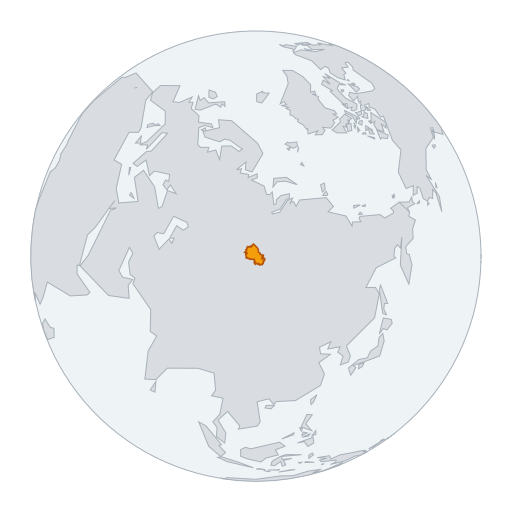 Novosibirsk highlighted on a globe, orthographic projection, rotated 38°
{"feature_id": "RUS-2403", "entity_name": "Novosibirsk", "entity_type": "Region", "adm_level": 1, "iso_a3": "RUS", "parent_name": "Russia", "parent_adm1": "", "projection": "orthographic", "projection_center": [80.57, 55.289], "detail": "fine", "context": "on_globe", "style": "filled", "palette": "amber", "viewbox_px": 512, "rotation_deg": 38, "n_neighbors": 0, "source": "natural_earth", "source_scale": "10m", "svg_char_len": 14818}
<svg xmlns="http://www.w3.org/2000/svg" viewBox="0 0 512 512"><g transform="rotate(38 256 256)"><circle cx="256" cy="256" r="225" fill="#eef3f6" stroke="#a8b0b8"/><path d="M315.5,38.7L323.0,41.0L328.5,45.0L320.1,48.7L316.3,46.1L314.7,47.7L319.4,51.2L322.8,53.3L323.6,66.6L337.1,83.3L347.4,87.8L340.3,87.7L364.0,96.3L375.2,106.7L358.8,95.5L354.2,94.9L359.9,102.0L356.5,103.0L357.3,107.1L352.6,107.8L343.4,101.7L340.2,102.1L344.4,107.2L342.5,111.4L336.7,103.8L332.7,110.4L316.5,102.3L304.9,83.1L292.2,80.8L270.2,67.3L268.5,69.9L259.0,67.0L253.5,69.0L251.0,66.3L248.7,70.3L252.0,72.4L252.1,75.0L249.2,76.5L245.5,73.1L246.4,71.9L243.8,71.8L243.2,69.5L241.9,71.5L237.7,67.6L237.4,73.7L230.4,72.5L228.9,69.3L234.8,66.7L246.1,54.2L246.4,50.9L240.8,48.5L218.0,49.6L215.9,47.5L208.8,46.7L207.3,48.9L212.3,50.5L207.7,54.9L214.3,56.7L213.4,58.9L217.9,62.3L211.0,65.0L201.8,66.0L197.7,63.5L193.5,64.0L192.3,69.3L179.8,67.9L163.0,73.1L160.4,72.6L164.6,65.9L177.4,58.1L182.9,50.9L172.9,59.0L166.7,58.4L163.0,59.9L159.6,62.2L159.5,63.9L156.0,64.6L164.5,56.4L167.8,55.6L165.1,58.1L171.1,54.6L176.8,49.8L173.2,50.3L185.6,43.8L183.1,44.1L184.5,43.2L187.5,42.9L182.3,43.5L190.9,40.3L206.1,36.3L221.6,33.4L237.3,31.5L253.1,30.7L268.8,31.1L284.6,32.5L300.1,35.1L315.5,38.7ZM432.9,116.5L433.0,116.7L432.7,116.3L432.8,116.4L432.9,116.5ZM433.7,117.6L433.0,116.7L434.0,118.0L433.7,117.6ZM435.3,119.7L434.4,118.5L434.6,118.7L435.3,119.7ZM437.1,122.4L437.5,123.0L436.5,121.6L437.1,122.4ZM324.9,54.1L319.8,51.3L316.9,47.9L321.5,50.1L324.9,54.1ZM329.9,61.6L326.6,60.3L328.7,58.1L330.0,59.5L329.9,61.6ZM355.5,91.1L352.1,87.6L356.6,90.7L355.5,91.1ZM358.2,107.6L360.3,108.4L359.8,110.2L358.2,107.6ZM221.5,60.6L219.7,61.4L219.8,60.3L221.5,60.6ZM225.1,61.4L226.4,59.6L228.3,59.7L227.4,60.8L225.1,61.4ZM352.2,113.1L350.8,116.0L350.7,111.9L352.2,113.1ZM223.0,63.6L231.5,60.2L234.8,60.5L234.3,65.1L223.0,63.6ZM348.9,117.1L345.6,124.7L350.0,126.9L335.8,125.4L343.3,119.2L342.4,113.6L345.6,116.9L348.9,117.1ZM254.4,72.5L250.7,70.3L256.5,70.8L254.4,72.5ZM258.1,72.2L275.8,70.8L279.7,75.1L273.0,74.5L280.3,79.2L273.6,81.9L268.0,80.0L266.8,76.6L265.1,80.3L258.1,72.2ZM328.5,123.5L326.3,124.6L326.8,122.3L328.5,123.5ZM252.6,76.0L255.9,75.2L259.5,78.8L253.7,81.1L254.4,79.2L252.6,76.0ZM285.6,79.3L287.3,82.5L282.3,85.5L282.2,87.3L273.7,82.4L285.6,79.3ZM252.1,79.1L250.7,82.2L246.3,81.9L249.7,77.1L252.1,79.1ZM262.9,78.9L264.4,80.8L261.7,80.4L262.9,78.9ZM229.8,83.2L233.6,81.9L235.8,83.6L229.8,83.2ZM250.5,83.3L252.0,83.4L253.3,84.0L251.5,86.0L250.5,83.3ZM270.8,85.0L268.4,85.7L274.0,87.1L270.5,89.6L265.5,86.0L266.1,88.7L265.1,89.5L262.2,85.7L270.8,85.0ZM253.7,89.8L246.0,86.5L238.5,88.3L236.3,86.8L248.8,84.1L253.7,89.8ZM258.9,87.7L255.2,88.6L254.3,86.1L256.4,83.9L258.9,87.7ZM269.9,92.7L276.6,89.8L277.5,90.7L269.9,92.7ZM251.6,90.8L253.5,91.6L251.2,91.2L251.6,90.8ZM264.5,92.6L266.7,91.4L267.7,92.5L264.5,92.6ZM255.4,94.4L252.9,93.2L254.2,91.6L255.4,94.4ZM259.7,94.0L260.4,95.8L256.2,91.8L260.5,93.2L259.7,94.0ZM265.0,93.9L266.3,94.1L263.9,94.2L265.0,93.9ZM251.8,101.3L246.2,96.6L249.1,93.0L254.2,98.0L251.8,101.3ZM53.8,355.4L53.3,353.7L50.4,345.7L42.1,316.4L43.6,310.0L42.4,302.1L39.3,295.3L38.5,285.8L37.1,280.7L31.4,250.9L32.5,233.4L40.3,197.9L43.3,195.5L48.8,185.6L73.5,190.2L73.3,201.2L86.6,226.0L87.3,230.9L79.8,236.7L85.0,267.7L93.7,266.5L104.3,288.8L115.2,298.7L129.5,285.6L111.8,269.0L114.6,257.7L133.5,263.9L149.8,278.6L151.5,274.8L146.0,258.9L154.8,256.0L144.7,252.8L145.1,258.7L138.8,257.1L138.1,251.7L141.2,250.8L137.7,244.9L123.7,251.5L122.6,258.2L110.3,248.1L107.2,258.5L102.1,258.7L105.4,241.3L108.9,237.6L110.8,213.7L106.0,216.6L103.9,239.5L102.3,235.2L95.8,240.0L99.5,233.0L103.1,207.9L95.4,197.7L76.8,198.2L74.1,191.3L75.8,180.4L91.3,168.6L95.6,185.5L101.2,182.1L107.8,170.0L108.5,176.3L111.8,173.7L114.1,179.7L124.8,180.6L128.3,186.0L139.6,179.3L143.0,181.4L135.3,184.6L131.9,190.1L141.5,204.0L145.4,204.6L152.0,199.3L153.8,204.1L159.0,197.2L168.0,202.5L161.3,190.4L168.9,184.5L178.2,184.1L179.5,180.2L164.3,180.8L159.4,183.1L157.0,188.5L142.4,193.7L137.6,190.5L148.3,177.3L142.6,171.7L153.5,164.4L187.8,166.2L198.4,171.0L201.1,192.3L194.5,194.6L190.2,188.0L187.6,200.0L190.9,196.2L192.5,200.3L200.1,196.2L201.5,199.0L206.3,190.5L208.9,193.5L205.8,198.9L219.3,195.9L226.6,201.0L229.0,199.0L229.4,195.5L238.4,204.6L239.8,202.7L237.4,199.0L238.4,193.1L243.9,186.4L246.7,189.9L245.1,192.8L246.0,204.4L241.4,211.9L243.1,212.7L247.8,207.0L246.7,192.8L249.2,187.8L250.7,194.3L250.3,191.5L252.4,190.1L257.1,192.2L255.9,185.0L275.4,166.8L286.5,169.3L285.6,176.8L302.2,169.1L313.4,173.4L311.1,169.9L317.5,164.4L314.1,162.9L313.5,160.8L328.3,147.0L334.0,146.8L337.8,137.6L336.7,135.9L332.7,135.5L335.8,125.4L350.0,126.9L351.9,130.6L359.5,129.5L362.8,138.3L369.0,145.4L368.2,156.4L373.2,161.4L375.7,160.4L384.3,166.8L393.7,184.0L375.4,174.4L359.3,151.2L364.9,160.8L360.5,160.1L360.6,164.5L364.9,171.4L367.3,171.3L358.0,191.3L362.0,213.3L369.4,207.2L376.4,209.9L387.5,231.7L382.6,271.1L391.9,276.7L394.1,282.6L389.5,289.9L386.2,281.3L379.5,281.4L378.3,275.7L369.8,285.1L367.8,277.4L362.2,288.8L367.0,293.3L375.2,287.6L371.2,301.3L382.6,306.9L386.5,318.3L376.1,345.6L361.6,358.2L361.2,362.0L354.1,360.5L346.7,370.2L361.4,384.1L361.7,389.2L348.7,403.3L348.0,399.9L329.3,396.0L327.1,408.6L341.4,414.1L346.4,422.7L336.0,422.7L330.8,415.0L324.1,413.3L324.9,403.0L317.6,388.4L307.0,393.5L306.9,386.8L295.1,374.1L279.4,380.2L255.1,399.0L253.2,415.1L244.2,421.4L229.5,397.3L227.0,380.1L219.1,380.6L206.1,363.1L176.1,353.6L174.2,347.9L168.1,348.0L159.3,339.2L157.3,329.6L150.9,327.1L156.9,352.0L164.1,354.8L173.3,350.3L173.4,357.9L182.1,367.5L164.1,377.9L123.4,372.1L123.4,358.8L113.1,309.3L115.7,306.0L115.8,305.5L115.9,304.5L110.9,309.1L110.5,299.3L111.7,332.1L110.2,343.2L122.8,372.4L120.6,373.1L125.9,380.2L147.6,387.0L146.9,390.7L134.2,401.8L107.6,405.0L113.5,419.1L115.5,426.9L104.1,420.9L110.3,427.7L106.7,424.7L94.0,412.6L82.3,399.5L71.7,385.5L62.2,370.8L53.8,355.4ZM58.7,196.3L56.5,198.6L58.7,196.3ZM163.1,303.1L175.5,310.3L176.9,296.1L181.9,297.8L180.5,292.5L177.0,295.0L174.8,281.0L182.7,280.5L184.8,274.7L180.7,272.1L166.6,275.4L169.6,295.3L163.7,298.3L163.1,303.1ZM166.2,58.9L165.4,59.5L161.7,61.7L162.7,60.4L166.2,58.9ZM149.3,74.1L144.1,75.0L148.5,73.3L149.0,71.4L158.9,65.7L159.6,72.1L157.5,70.1L149.3,74.1ZM172.3,60.5L166.0,63.0L172.9,60.0L172.3,60.5ZM127.3,154.2L125.6,158.5L121.1,159.9L116.8,154.1L123.2,151.9L127.3,154.2ZM124.4,164.5L136.3,153.7L139.5,157.2L135.7,157.0L136.6,160.5L130.7,161.1L122.2,175.5L117.6,177.8L112.0,165.1L116.3,167.8L117.6,163.2L124.4,164.5ZM160.9,123.2L166.1,119.5L166.4,131.8L161.5,133.9L156.8,127.9L159.8,122.0L160.9,123.2ZM220.6,72.7L222.5,71.2L223.6,72.0L222.7,74.0L220.6,72.7ZM231.4,82.4L213.0,80.6L214.4,78.6L202.0,80.4L200.7,76.0L208.7,75.0L198.5,73.2L205.2,70.5L197.9,69.9L215.9,68.0L221.5,65.8L215.8,69.9L216.8,73.8L219.0,74.9L229.3,76.5L241.9,74.1L245.0,78.1L243.8,81.5L241.2,82.6L240.0,79.6L237.4,83.3L233.8,79.9L231.4,82.4ZM228.0,124.1L227.7,119.3L221.9,127.8L218.2,123.8L217.8,125.0L212.8,123.7L205.9,124.5L205.1,122.1L202.8,123.4L199.4,122.8L195.9,123.9L193.2,120.1L188.8,121.2L190.1,118.9L183.1,121.9L187.1,118.0L183.1,117.0L181.4,121.3L175.3,100.4L169.7,95.3L162.8,93.2L170.5,87.4L181.9,85.8L193.7,87.4L198.0,93.4L200.7,89.9L203.6,91.9L200.3,93.8L207.1,92.0L208.6,94.2L219.2,96.8L228.1,93.2L232.2,94.3L229.4,96.7L235.4,96.1L233.0,101.6L235.9,102.5L236.3,109.1L229.3,113.6L233.0,114.4L233.5,119.6L228.0,124.1ZM251.7,103.1L244.1,109.1L238.4,109.9L240.0,98.2L237.7,96.6L238.6,89.6L246.9,88.6L245.9,90.7L246.9,92.5L243.9,92.0L247.0,93.8L245.7,96.8L247.7,99.0L244.7,100.2L251.7,103.1ZM91.7,231.4L92.9,234.4L95.6,238.0L91.5,241.2L91.7,231.4ZM93.8,214.2L95.4,216.0L91.0,221.9L89.8,219.0L93.8,214.2ZM100.1,212.2L95.8,215.7L97.4,212.0L100.1,212.2ZM137.2,186.1L139.4,187.9L138.1,189.5L135.2,190.3L137.2,186.1ZM210.0,150.0L210.8,146.7L212.3,146.7L217.9,141.1L221.1,143.9L219.0,148.3L210.0,150.0ZM124.4,285.7L119.0,286.0L118.4,283.0L120.3,283.5L124.4,285.7ZM102.8,263.3L106.0,270.7L101.7,264.1L102.8,263.3ZM214.4,152.1L216.4,149.4L216.8,152.5L214.4,152.1ZM223.8,145.7L224.9,148.8L222.2,143.6L223.8,145.7ZM147.0,444.3L143.3,450.2L134.5,445.1L129.4,440.7L128.5,435.5L137.7,438.9L141.3,437.4L147.0,444.3ZM394.0,420.4L399.2,417.5L398.9,418.1L394.0,420.4ZM388.6,422.1L394.8,418.6L387.3,423.8L388.6,422.1ZM397.2,417.2L403.5,412.2L406.2,409.6L405.6,410.9L397.2,417.2ZM384.3,424.5L359.8,435.8L349.8,438.2L352.4,435.5L368.6,429.5L384.3,424.5ZM351.6,435.7L336.0,435.1L313.0,422.0L321.3,420.7L345.0,425.9L343.5,428.2L353.0,429.7L351.6,435.7ZM388.3,409.1L386.8,415.2L373.5,421.4L367.3,423.3L363.1,418.0L365.5,413.2L370.6,411.2L389.2,388.2L396.0,388.0L390.6,396.9L396.0,399.0L388.3,409.1ZM254.4,416.6L260.2,425.5L255.1,426.8L254.4,416.6ZM395.7,373.7L388.9,384.4L394.8,371.9L395.7,373.7ZM398.6,362.9L399.6,366.1L396.1,364.6L398.6,362.9ZM362.0,367.2L356.6,370.2L356.0,367.6L362.5,362.3L362.0,367.2ZM389.4,327.7L391.2,335.9L390.8,339.2L387.5,335.7L389.4,327.7ZM244.5,174.4L233.1,178.9L227.0,184.5L226.9,191.2L222.2,183.9L231.5,175.3L244.5,174.4ZM271.2,167.2L271.3,161.8L274.5,163.1L274.9,164.5L271.2,167.2ZM269.0,164.7L263.0,160.1L265.1,156.4L269.4,160.7L269.0,164.7ZM238.3,155.6L234.7,156.6L234.5,154.0L238.3,155.6ZM365.9,452.6L365.5,452.3L368.0,451.0L369.9,448.3L393.2,432.2L410.7,414.2L420.4,406.4L429.7,393.2L438.6,383.9L434.1,392.0L441.2,384.2L451.4,365.3L451.2,368.5L442.0,383.2L431.6,397.1L420.3,410.1L408.0,422.3L394.8,433.5L380.7,443.6L365.9,452.6ZM406.9,412.3L414.6,403.5L418.4,400.2L406.9,412.3ZM474.6,310.5L474.2,311.9L474.4,311.2L474.7,310.2L474.6,310.5ZM473.7,313.8L473.0,315.8L473.1,315.3L473.7,313.8ZM461.0,344.6L464.3,341.5L460.7,348.8L457.0,353.0L452.4,362.4L443.0,374.4L445.7,369.4L444.9,367.5L434.1,377.9L431.9,377.7L436.1,372.0L428.4,377.2L436.9,368.1L440.0,369.9L444.6,361.0L451.7,353.1L458.0,345.6L462.3,341.3L461.0,344.6ZM436.2,379.1L437.5,377.7L436.1,380.4L436.2,379.1ZM471.6,318.5L472.6,316.8L472.4,317.9L471.8,319.5L471.6,318.5ZM463.5,338.6L468.4,325.6L469.4,323.4L466.0,334.1L463.5,338.6ZM467.6,325.1L469.5,321.4L470.3,321.4L469.8,322.9L467.6,325.1ZM419.0,390.4L418.5,392.1L416.2,392.9L419.0,390.4ZM422.1,387.2L428.9,382.7L421.3,388.9L422.1,387.2ZM399.6,398.1L401.9,400.2L409.0,393.3L403.5,400.1L408.0,402.3L406.2,405.4L401.9,402.8L399.7,409.8L396.5,411.7L395.1,407.6L398.6,399.0L401.7,394.2L414.3,384.5L399.6,398.1ZM422.2,383.0L420.3,380.4L421.6,376.5L423.7,377.1L422.2,383.0ZM414.1,374.2L408.3,372.6L403.7,377.9L412.6,363.7L416.7,367.7L414.1,374.2ZM408.3,365.5L404.0,370.4L408.1,362.8L408.3,365.5ZM402.6,369.3L401.5,365.7L405.2,363.9L402.6,369.3ZM410.7,364.0L410.6,356.7L412.9,359.5L410.7,364.0ZM398.5,357.6L407.4,359.3L396.8,362.9L393.7,349.5L398.1,346.5L398.5,357.6ZM406.3,281.7L403.8,277.9L407.0,273.9L407.8,277.6L406.3,281.7ZM415.0,258.6L407.0,271.7L400.1,282.4L403.5,282.5L404.1,291.6L397.8,287.5L400.7,274.4L406.4,267.7L404.8,260.3L407.5,251.9L403.2,244.4L403.6,239.0L409.2,243.9L415.0,258.6ZM401.1,241.4L394.5,226.5L401.6,222.7L404.7,225.1L404.7,233.5L400.9,235.0L401.1,241.4ZM395.0,221.9L391.3,223.3L373.9,206.6L372.0,202.2L389.0,212.3L386.4,214.3L389.4,219.2L395.0,221.9ZM328.2,126.1L326.5,124.7L329.0,124.9L328.2,126.1ZM311.4,160.1L311.0,157.3L314.0,157.4L311.4,160.1ZM311.5,149.8L308.5,151.6L310.5,148.2L311.5,149.8ZM301.8,156.1L306.7,151.6L303.7,158.0L301.8,156.1Z" fill="#d9dde1" stroke="#a8b0b8" stroke-width="1"/><path d="M247.0,260.3L247.3,260.0L247.3,259.9L247.4,259.7L247.5,259.6L247.4,259.5L247.4,259.4L247.4,259.2L247.6,259.2L247.3,259.1L247.1,259.1L247.0,259.4L246.8,259.4L246.6,259.5L246.1,259.4L245.9,259.5L245.9,259.8L244.8,260.2L244.9,258.6L245.1,258.5L245.2,258.4L245.2,258.1L245.2,257.9L245.0,258.0L244.9,257.9L244.9,257.6L244.7,257.5L244.5,257.4L244.6,257.1L244.2,257.1L244.2,256.9L244.3,256.7L244.3,256.4L244.2,256.4L244.2,256.2L244.1,255.9L244.1,255.7L243.9,255.4L243.8,255.2L244.0,254.9L244.3,254.7L244.1,254.4L243.9,254.3L244.2,254.1L244.0,253.9L243.9,253.7L244.0,253.7L244.2,253.8L244.5,253.7L244.4,253.4L244.4,253.2L244.9,252.8L245.0,252.6L245.3,252.6L245.4,252.4L245.5,252.3L245.9,252.4L246.0,252.2L246.3,252.2L246.3,252.3L246.5,252.2L246.6,251.9L246.5,251.7L246.3,251.7L246.2,251.3L246.3,251.3L246.4,251.2L246.2,251.0L245.9,251.1L245.8,250.9L246.1,250.7L246.2,250.4L246.4,250.4L246.5,250.3L246.8,250.1L246.7,249.5L246.7,249.3L246.7,249.2L246.6,248.8L246.5,248.1L248.0,248.2L248.2,248.3L251.5,248.6L253.9,249.5L255.3,251.4L255.4,251.5L257.2,251.1L257.4,251.2L257.9,251.7L258.1,252.2L259.0,251.8L259.4,251.8L259.8,251.8L259.9,251.7L260.0,251.6L260.3,251.6L260.6,251.4L260.8,251.5L260.9,251.4L260.8,251.1L261.0,251.0L261.3,251.1L261.4,250.9L261.8,251.3L261.8,251.5L261.6,251.6L261.7,251.8L261.6,252.0L261.5,252.3L261.7,252.2L261.8,252.3L261.7,252.3L261.6,252.5L261.8,252.7L262.0,252.7L261.8,252.9L262.0,253.1L262.1,253.3L262.3,253.5L262.2,253.5L262.0,253.9L261.9,254.1L262.0,254.3L262.1,254.2L262.3,254.1L262.3,254.3L262.4,254.2L262.5,254.2L262.6,254.3L262.8,254.2L262.9,253.9L262.9,253.7L263.0,253.6L263.3,253.4L263.4,253.2L263.5,253.0L264.0,252.8L264.2,253.0L264.3,253.0L264.4,252.8L264.7,252.8L264.7,253.0L264.8,253.1L264.6,253.1L264.7,253.3L264.7,253.5L264.8,253.6L265.0,253.8L264.8,254.0L265.0,254.2L265.2,254.4L265.3,254.7L265.3,254.8L265.2,254.9L265.3,255.0L265.1,255.3L265.4,255.3L265.5,255.3L265.6,255.7L265.5,255.9L265.7,256.1L265.8,256.2L265.8,256.7L265.8,256.8L265.7,256.9L265.8,257.0L266.1,257.2L266.2,257.3L266.2,257.5L265.9,257.8L266.1,257.9L266.2,258.1L266.0,258.4L266.3,258.9L265.4,259.5L265.2,259.8L265.2,260.0L264.9,260.3L264.9,260.2L264.7,260.1L264.4,260.1L264.2,260.1L264.0,260.3L263.9,260.3L263.7,260.5L263.7,260.4L263.3,260.4L263.2,260.4L262.9,260.4L262.7,260.6L262.8,261.0L262.7,261.0L262.3,260.6L262.2,260.6L262.2,260.8L262.1,260.7L261.8,261.0L261.7,261.1L261.0,261.8L260.9,262.2L260.8,262.3L260.6,262.7L260.6,262.8L260.5,263.1L260.4,263.1L260.3,262.9L260.1,262.8L259.9,262.6L259.7,262.6L259.8,262.3L259.8,262.2L259.7,262.3L259.3,262.2L259.1,262.1L258.9,262.2L258.8,261.9L258.7,261.7L259.0,261.4L259.0,261.2L258.8,261.2L258.7,261.1L258.4,261.2L258.3,261.3L258.3,261.1L258.2,260.9L258.0,260.7L257.8,260.7L257.7,260.7L257.4,260.6L257.2,260.2L256.9,259.6L256.6,259.7L256.5,259.8L256.6,260.0L256.4,260.0L256.2,260.3L255.9,260.4L255.9,260.5L255.7,260.6L255.4,260.7L255.4,260.8L255.2,260.9L254.8,260.9L254.8,261.0L254.4,261.3L254.3,261.5L254.2,261.7L253.9,261.7L253.8,261.9L253.8,262.0L253.7,262.1L253.3,262.3L253.2,262.1L253.0,262.3L252.9,262.3L252.6,262.3L252.5,262.2L252.4,262.3L252.1,262.3L251.7,262.4L251.4,262.5L251.5,262.8L251.4,262.9L251.1,262.9L250.9,263.0L250.6,262.9L250.5,262.5L250.4,262.5L249.9,262.6L249.8,262.9L250.1,262.9L250.1,263.0L249.9,263.1L249.9,263.3L249.7,263.4L249.5,263.6L249.1,263.1L246.7,260.9L246.6,260.6L246.3,260.2L246.6,260.1L246.9,260.3L247.0,260.3Z" fill="#f59e0b" stroke="#b45309" stroke-width="1.5"/></g></svg>